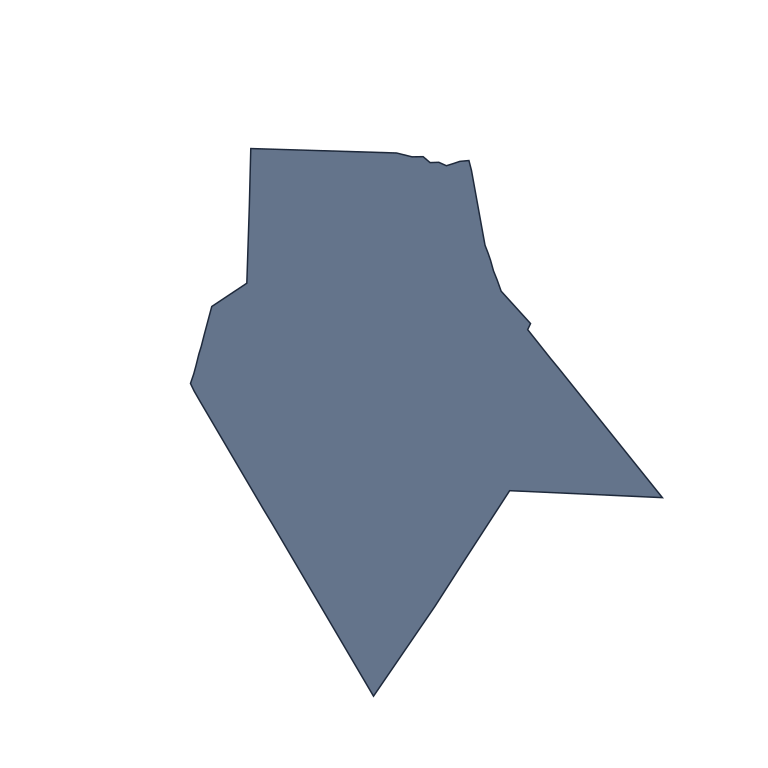 Rio Largo, Alagoas, Brazil (Robinson projection), rotated 140°
{"feature_id": "56859067B27128129114262", "entity_name": "Rio Largo", "entity_type": "district", "adm_level": 2, "iso_a3": "BRA", "parent_name": "Brazil", "parent_adm1": "Alagoas", "projection": "robinson", "projection_center": [-35.887, -9.482], "detail": "fine", "context": "isolated", "style": "filled", "palette": "slate", "viewbox_px": 768, "rotation_deg": 140, "n_neighbors": 0, "source": "geoboundaries", "source_scale": "gbopen_adm2", "svg_char_len": 651}
<svg xmlns="http://www.w3.org/2000/svg" viewBox="0 0 768 768"><g transform="rotate(140 384 384)"><path d="M175.3,500.6L182.8,505.8L188.7,508.1L195.9,511.1L199.5,518.6L206.4,524.0L207.9,533.0L216.5,540.0L225.9,552.9L334.7,650.0L373.2,606.4L424.3,549.4L466.1,554.1L490.2,537.2L499.8,530.3L506.5,526.0L516.1,519.0L523.3,514.0L531.9,508.8L534.0,500.6L536.2,488.2L557.0,364.9L559.4,349.4L592.7,151.6L488.0,180.9L437.7,196.6L356.3,221.5L243.8,118.0L240.1,284.2L240.0,296.7L239.0,333.3L232.9,336.1L234.6,379.8L230.4,391.1L227.4,400.3L222.9,410.2L220.2,417.2L217.4,425.4L179.7,491.4L175.3,500.6Z" fill="#64748b" stroke="#1e293b" stroke-width="1.5"/></g></svg>